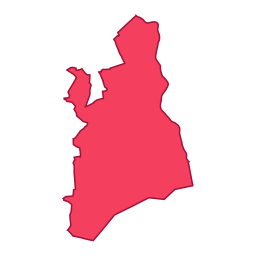 Gailīšu pag., Bauska, Latvia (Mercator projection)
{"feature_id": "27541924B16682413178254", "entity_name": "Gailīšu pag.", "entity_type": "district", "adm_level": 2, "iso_a3": "LVA", "parent_name": "Latvia", "parent_adm1": "Bauska", "projection": "mercator", "projection_center": [24.195, 56.322], "detail": "fine", "context": "isolated", "style": "filled", "palette": "rose", "viewbox_px": 256, "rotation_deg": 0, "n_neighbors": 0, "source": "geoboundaries", "source_scale": "gbopen_adm2", "svg_char_len": 5088}
<svg xmlns="http://www.w3.org/2000/svg" viewBox="0 0 256 256"><path d="M135.9,15.4L135.7,15.9L134.2,17.4L134.1,17.5L133.8,17.8L133.5,17.8L131.4,19.9L126.7,24.2L126.2,24.6L125.7,25.1L124.4,26.5L121.2,29.3L121.0,29.6L119.2,31.3L118.6,31.8L117.8,32.6L118.2,33.4L119.1,35.3L118.3,36.0L117.9,35.5L117.3,36.0L113.8,39.3L115.7,42.4L115.7,42.5L115.6,43.0L116.2,44.7L117.0,46.7L117.6,48.0L118.3,49.9L118.8,51.1L119.3,52.7L119.5,53.0L120.3,54.6L120.5,54.9L121.1,55.7L121.2,55.8L121.3,56.1L121.7,57.0L123.1,59.9L123.3,60.7L124.4,62.1L124.7,63.4L117.8,65.7L116.2,66.2L116.1,66.3L113.8,67.0L112.5,67.4L110.9,68.0L110.2,68.1L110.1,68.9L110.0,69.3L108.6,69.2L108.0,69.2L107.7,69.2L105.9,69.5L102.8,69.4L101.3,70.6L101.4,71.7L98.8,72.0L100.5,74.8L100.9,75.9L102.8,80.4L102.7,80.4L102.8,80.9L103.2,81.9L103.6,83.4L103.9,84.4L104.4,85.7L104.7,86.9L104.9,87.0L106.8,88.6L106.9,89.3L107.0,89.5L107.1,90.1L105.6,90.9L105.4,91.0L105.1,91.1L102.6,91.3L103.3,97.3L103.4,98.3L102.1,98.6L99.5,99.3L99.1,99.4L98.9,99.4L98.8,99.5L98.7,99.6L97.0,100.0L95.2,101.1L93.4,102.7L93.6,103.0L90.1,104.7L86.9,106.2L86.5,106.3L86.1,106.4L85.9,106.5L85.6,106.5L85.7,106.4L85.8,106.2L86.4,104.4L87.5,101.3L88.5,98.7L89.8,94.8L89.9,93.3L89.9,92.4L89.9,91.1L89.9,90.8L90.0,90.1L90.0,89.4L90.1,88.9L90.3,87.4L91.1,85.8L91.1,85.6L91.1,85.4L90.9,84.7L90.7,84.1L89.6,83.1L89.5,82.9L89.9,75.1L89.9,74.9L86.9,74.6L86.7,74.5L85.8,73.7L84.9,72.7L84.2,71.9L83.2,70.7L82.9,70.3L82.0,68.8L81.9,68.8L80.2,69.5L79.8,69.7L79.3,69.8L77.8,70.1L76.2,70.4L76.0,68.1L72.3,67.4L71.6,67.5L70.5,67.7L67.0,69.9L66.9,70.0L70.9,72.6L71.4,72.9L71.8,73.2L73.0,74.0L73.7,74.4L74.0,74.7L76.5,77.5L73.0,83.7L71.1,86.9L70.5,87.8L68.0,92.0L69.2,94.8L69.5,95.6L69.0,97.6L64.1,98.2L64.1,98.5L64.1,99.1L64.2,99.3L64.4,99.4L64.7,99.5L66.0,99.8L66.3,100.1L66.4,100.5L66.7,101.1L66.8,101.2L66.9,101.3L67.1,101.4L67.5,101.5L68.3,101.6L70.9,102.0L71.3,102.1L71.6,102.2L71.9,102.3L72.1,102.5L72.4,102.7L73.0,103.4L73.6,104.1L74.7,105.4L75.1,105.8L75.4,106.2L75.5,106.5L75.5,106.8L74.4,108.4L74.2,108.7L74.1,108.9L74.1,109.2L74.1,109.3L74.3,109.5L74.8,110.6L76.2,112.7L76.4,113.0L76.5,114.7L76.6,115.8L76.9,116.0L81.5,120.0L82.2,120.7L82.8,121.2L83.2,121.5L86.1,122.3L87.5,122.7L87.3,124.8L86.8,125.4L85.7,126.4L85.5,126.6L84.7,127.0L84.1,128.2L80.4,130.9L78.5,133.6L75.2,138.0L73.2,138.8L73.3,142.2L73.4,144.5L73.6,144.7L74.6,145.4L75.9,146.3L76.3,146.6L77.6,147.1L79.6,147.8L80.1,150.9L80.5,154.5L80.5,155.8L80.0,157.1L79.4,156.5L78.7,156.4L78.5,156.5L75.6,157.0L74.2,157.3L74.9,160.1L74.4,160.6L73.9,161.0L73.7,161.5L73.5,162.0L73.3,162.5L73.2,163.1L74.2,165.6L74.2,171.2L74.2,171.4L74.1,171.5L74.3,175.1L74.7,178.9L74.8,180.5L75.2,186.1L75.5,189.2L75.4,189.3L73.7,189.7L73.6,189.9L73.4,192.0L73.3,193.4L73.0,195.9L72.9,196.0L71.9,196.1L70.6,196.2L69.3,196.3L68.1,196.4L66.8,196.5L65.8,196.6L65.7,196.7L65.2,197.0L64.2,197.7L63.4,198.3L63.2,198.4L63.1,198.5L63.8,199.3L63.8,199.5L63.8,200.3L66.4,201.1L66.5,201.1L68.2,201.7L68.3,201.7L68.5,201.9L68.7,202.0L70.4,203.5L71.7,204.5L71.6,205.9L71.6,206.2L71.6,206.5L71.5,207.9L71.4,209.2L71.0,211.9L70.9,212.5L70.7,212.9L69.9,214.8L69.8,215.0L69.9,215.7L70.1,218.5L70.4,221.2L70.8,225.4L70.8,225.6L70.4,226.1L69.2,228.0L68.7,228.8L68.5,229.0L67.5,230.1L67.9,230.2L70.5,233.0L71.5,234.2L73.3,236.2L73.7,236.1L73.9,236.1L78.7,237.2L79.7,237.4L84.6,238.7L86.9,239.2L89.0,239.7L93.2,240.6L99.5,233.2L106.8,224.4L107.0,224.2L107.7,223.3L108.1,222.8L108.2,222.6L114.5,215.0L123.5,210.5L127.4,208.6L129.7,207.5L133.3,205.7L134.8,205.0L135.5,204.5L137.5,203.5L144.6,199.9L149.0,197.7L149.5,197.8L150.3,197.9L150.5,197.9L164.3,199.4L164.6,199.0L168.9,195.0L173.2,191.0L174.5,189.8L174.8,189.5L175.0,189.5L175.9,189.2L176.7,189.0L178.0,188.7L180.6,188.2L182.5,187.8L185.5,187.2L187.7,186.7L192.8,185.7L192.8,185.0L192.7,184.7L192.4,183.7L192.2,182.5L192.0,181.8L191.0,176.2L190.4,173.0L188.9,165.5L188.3,162.4L189.0,161.8L187.9,160.8L187.7,160.2L187.3,159.8L186.7,159.0L186.4,158.1L186.5,157.4L186.6,154.5L186.2,153.1L184.1,149.9L182.3,145.4L181.9,143.2L181.7,141.8L181.2,140.5L180.7,138.2L180.1,135.8L179.5,133.4L179.7,130.5L179.7,128.7L179.5,127.7L178.2,125.3L176.7,124.3L175.6,123.3L174.6,122.6L173.4,122.3L171.2,121.0L170.7,120.3L169.9,119.3L168.9,118.0L166.9,115.9L165.9,114.7L163.3,111.7L162.6,111.1L161.7,110.2L161.2,109.4L160.8,108.4L160.4,106.8L160.3,105.2L160.5,103.9L160.9,102.0L161.2,101.0L161.3,99.5L161.5,96.6L162.1,95.0L163.1,93.6L164.0,92.3L164.7,91.3L166.1,89.4L166.6,88.3L167.6,86.5L168.4,84.1L167.5,81.9L165.6,79.4L164.3,77.9L163.5,77.4L162.6,76.2L162.0,75.1L161.2,72.8L160.6,70.1L160.4,68.4L160.3,67.3L160.5,66.5L160.1,65.2L159.2,63.9L157.8,61.9L156.7,60.3L155.8,58.6L155.6,57.3L155.7,55.6L156.7,49.7L157.5,46.7L158.0,43.7L158.0,43.3L158.4,42.2L159.4,39.9L159.6,36.7L159.1,34.4L158.9,33.7L158.5,32.8L157.8,30.6L157.7,29.4L157.8,28.3L158.3,25.0L157.9,23.8L156.8,22.5L156.0,22.2L154.5,21.9L152.2,22.0L151.2,22.2L148.7,22.9L148.0,23.0L146.2,22.7L144.7,21.7L143.4,19.8L142.9,19.5L142.5,19.2L141.9,18.7L139.7,17.4L139.2,17.2L138.4,17.1L137.1,16.5L135.9,15.4Z" fill="#f43f5e" stroke="#9f1239" stroke-width="1.5"/></svg>